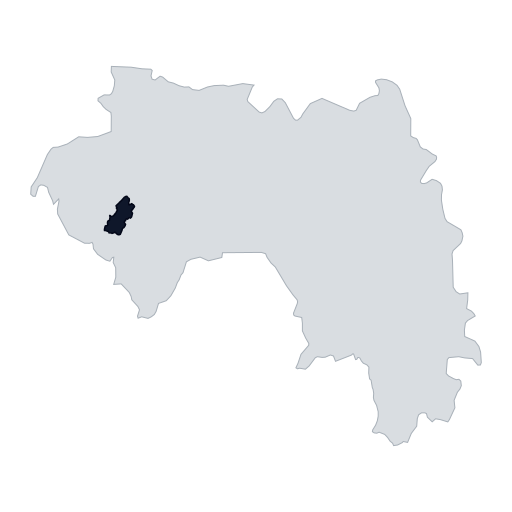 location of Fria, Fria, Guinea
{"feature_id": "49546643B99930178329351", "entity_name": "Fria", "entity_type": "district", "adm_level": 2, "iso_a3": "GIN", "parent_name": "Guinea", "parent_adm1": "Fria", "projection": "robinson", "projection_center": [-13.565, 10.528], "detail": "fine", "context": "in_parent", "style": "filled", "palette": "ink", "viewbox_px": 512, "rotation_deg": 0, "n_neighbors": 0, "source": "geoboundaries", "source_scale": "gbopen_adm2", "svg_char_len": 5451}
<svg xmlns="http://www.w3.org/2000/svg" viewBox="0 0 512 512"><path d="M322.1,357.4L317.4,356.7L315.3,357.7L309.1,366.0L305.4,369.2L299.6,368.2L297.5,368.8L295.9,367.8L298.0,363.3L301.0,354.3L308.7,345.3L308.8,343.4L305.7,338.1L302.4,330.9L302.4,323.1L301.7,317.5L294.9,316.0L293.7,315.0L293.5,313.2L297.3,303.5L297.6,301.6L297.1,299.8L293.0,294.9L286.5,285.8L275.3,267.0L271.1,263.1L267.1,257.4L265.6,253.7L261.4,252.4L222.5,252.7L221.8,257.5L208.4,260.8L200.1,257.1L190.9,259.3L186.4,261.8L183.0,272.7L181.0,275.0L179.1,279.9L177.3,282.6L175.3,288.0L170.9,295.7L166.3,300.7L158.5,303.4L156.1,311.4L154.3,314.5L151.3,316.8L148.0,318.4L141.7,316.8L138.1,318.2L137.5,316.2L139.5,309.8L137.9,306.5L131.8,299.8L131.2,296.6L129.3,292.5L121.2,283.9L113.7,284.4L115.8,277.2L115.7,267.7L113.2,262.5L113.8,257.2L112.4,257.5L109.9,261.2L105.9,260.0L97.6,254.3L93.5,248.8L93.0,244.2L92.1,242.4L89.6,243.3L84.5,243.2L68.8,234.9L57.7,214.0L57.4,209.2L59.0,201.1L58.7,198.9L53.5,204.3L52.6,200.7L48.7,192.3L47.5,187.4L43.8,185.3L40.8,184.9L38.4,186.5L35.4,196.3L33.1,196.3L30.7,194.2L31.2,186.9L37.3,177.7L47.4,154.5L51.0,149.2L53.2,147.4L58.0,147.1L67.3,144.0L78.7,136.8L87.5,137.4L97.8,136.5L111.2,131.5L111.3,116.0L110.9,112.5L106.1,109.4L103.3,106.7L100.9,103.3L98.0,100.8L98.1,98.3L104.1,94.9L109.6,95.0L111.4,93.7L112.7,91.5L114.3,85.9L114.8,80.0L111.2,72.0L111.4,66.4L131.1,67.2L142.0,68.8L150.8,69.2L152.2,70.5L151.0,75.9L152.1,79.2L155.1,80.0L160.1,76.2L162.7,77.1L168.2,81.8L173.4,83.1L179.0,85.7L184.3,87.1L188.9,86.9L192.5,89.6L199.1,90.4L207.5,87.0L214.2,85.6L223.6,85.2L228.5,86.3L242.8,83.6L254.0,85.1L252.3,87.0L247.2,99.4L247.8,101.6L259.2,112.1L261.9,112.9L265.0,111.5L269.9,106.6L273.8,101.3L277.5,98.8L281.8,99.0L285.3,102.7L293.5,118.3L295.6,120.2L297.5,120.2L301.0,117.3L302.8,113.9L310.3,103.6L322.0,98.4L349.7,110.3L353.8,111.1L356.2,110.3L359.6,103.3L370.0,97.3L375.0,95.7L377.8,95.5L378.9,93.6L379.4,90.7L378.9,87.8L375.6,82.5L375.5,80.9L377.3,79.9L381.3,79.1L386.5,79.7L392.3,81.9L397.0,85.3L399.7,89.2L405.0,105.7L410.8,118.6L410.7,135.9L413.3,137.6L416.1,138.4L417.4,139.8L420.3,146.9L423.0,149.0L426.2,149.5L432.2,154.0L436.1,155.9L436.6,157.2L436.5,159.1L435.0,161.5L429.2,166.3L426.4,170.4L420.5,180.2L420.4,182.0L421.6,183.4L424.1,183.6L426.7,182.9L432.1,179.3L436.4,180.6L440.5,183.3L442.0,186.2L442.4,189.9L441.5,194.7L441.4,200.1L442.8,209.3L445.0,218.4L447.1,221.7L460.9,229.8L462.2,232.8L462.9,236.2L461.9,240.9L460.6,243.5L453.1,250.6L452.0,254.0L452.5,260.4L453.2,287.2L456.1,291.7L459.7,294.0L467.9,292.8L467.7,300.2L466.6,308.6L471.4,311.1L473.9,313.7L475.2,316.0L467.6,320.5L465.4,323.1L464.4,330.0L464.7,336.5L474.9,341.1L478.9,346.5L480.6,352.1L481.3,362.6L480.4,365.0L477.8,365.1L472.6,358.6L464.6,357.9L458.8,356.7L448.9,357.6L447.3,359.5L446.2,373.5L448.5,375.9L453.2,378.5L456.3,379.7L458.9,379.3L460.8,381.1L461.3,385.7L459.9,389.1L457.4,392.2L454.1,400.3L454.9,407.8L449.4,419.6L447.8,421.9L440.4,419.6L435.6,418.8L432.2,421.8L427.4,417.2L426.5,413.6L424.8,412.8L421.6,412.8L418.6,414.8L417.3,418.6L416.7,426.2L411.3,433.4L407.6,442.4L403.2,441.5L402.3,442.6L397.6,445.0L393.6,445.6L392.6,443.2L390.2,441.3L387.6,437.5L384.7,434.4L379.1,432.2L376.8,433.2L374.2,432.9L372.4,431.7L372.7,429.9L375.6,425.2L377.3,420.9L378.2,416.2L378.2,411.7L376.6,405.4L374.0,400.4L373.4,397.5L373.7,393.4L373.1,389.5L372.3,387.5L371.1,380.2L369.6,378.9L368.7,373.1L368.9,367.1L366.8,364.8L363.3,363.2L361.3,360.8L360.0,358.2L358.8,357.5L357.7,357.6L356.8,359.3L355.6,359.6L353.6,354.0L352.8,353.8L351.4,355.1L335.5,361.3L333.5,356.0L330.4,355.0L325.2,357.2L322.1,357.4Z" fill="#d9dde1" stroke="#a8b0b8" stroke-width="1"/><path d="M109.0,232.8L109.7,232.9L110.5,232.9L111.3,232.9L112.0,233.4L113.6,232.9L114.9,232.1L115.3,232.8L116.0,233.0L116.7,233.9L117.8,234.6L118.8,234.8L119.7,234.6L120.3,234.3L121.9,230.6L122.2,229.5L122.3,228.7L122.9,228.1L123.6,227.8L124.1,227.3L125.2,225.6L125.2,224.9L125.5,224.6L125.5,224.2L125.0,223.6L124.2,222.4L124.9,220.7L125.5,220.7L125.6,220.0L125.9,219.5L126.3,218.9L126.6,218.8L126.9,219.0L127.2,219.1L127.4,219.1L127.7,219.1L127.9,218.9L128.3,218.4L128.7,217.9L129.0,217.7L129.5,217.7L130.4,218.1L130.5,218.0L130.8,217.7L131.2,217.4L131.5,217.0L131.7,216.3L131.8,216.2L132.2,214.4L132.4,213.6L132.5,213.2L131.7,212.0L131.3,211.6L131.5,210.7L131.8,210.5L132.4,209.4L132.9,209.1L133.2,208.6L133.2,208.3L134.1,207.4L134.5,206.3L133.5,204.8L133.4,204.7L133.0,204.6L132.5,204.6L132.4,204.3L131.9,203.7L131.4,203.7L131.3,203.8L131.1,204.0L130.8,204.3L130.6,204.4L130.1,204.4L130.0,204.6L129.5,204.8L129.1,204.7L128.9,204.7L128.8,204.3L128.7,202.2L129.3,200.9L129.3,199.3L129.1,199.0L129.1,198.5L128.3,198.1L127.6,197.2L127.3,196.6L127.5,196.5L127.4,196.5L126.7,196.3L125.9,196.4L124.3,197.3L121.3,200.7L119.4,202.4L119.3,202.7L116.1,205.7L116.4,207.1L117.0,207.5L116.5,208.5L116.8,209.0L117.3,209.3L117.3,210.6L116.7,211.1L116.7,211.3L116.5,211.5L116.3,212.1L116.3,212.4L116.0,212.7L115.8,213.0L115.5,213.3L115.3,213.5L115.1,213.6L114.9,214.4L114.4,214.5L113.7,215.7L112.4,216.3L111.5,216.5L110.9,216.4L110.3,215.6L109.8,215.5L109.7,215.7L109.7,216.0L109.9,216.3L110.1,216.9L109.4,220.4L108.2,220.8L107.8,221.3L107.5,222.1L107.5,223.5L107.7,224.0L107.8,224.8L107.3,225.5L106.6,225.7L106.2,225.6L105.2,226.1L104.4,229.4L104.6,229.8L104.5,230.5L104.9,230.6L106.0,230.6L107.4,231.3L108.3,231.3L108.4,231.7L108.9,232.2L109.0,232.8L109.0,232.8Z" fill="#0f172a" stroke="#020617" stroke-width="1.5"/></svg>